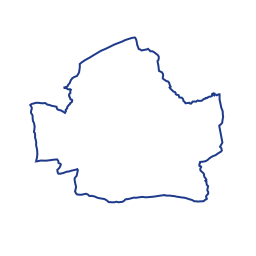 outline of Shinyanga Urban, Shinyanga, United Republic of Tanzania, rotated 258°
{"feature_id": "72390352B93356288072561", "entity_name": "Shinyanga Urban", "entity_type": "district", "adm_level": 2, "iso_a3": "TZA", "parent_name": "United Republic of Tanzania", "parent_adm1": "Shinyanga", "projection": "robinson", "projection_center": [33.442, -3.624], "detail": "fine", "context": "isolated", "style": "outline", "palette": "blue", "viewbox_px": 256, "rotation_deg": 258, "n_neighbors": 0, "source": "geoboundaries", "source_scale": "gbopen_adm2", "svg_char_len": 5057}
<svg xmlns="http://www.w3.org/2000/svg" viewBox="0 0 256 256"><g transform="rotate(258 128 128)"><path d="M114.4,31.4L114.3,32.3L114.3,35.9L113.1,40.9L112.7,45.1L112.5,48.3L112.0,52.1L110.4,52.9L108.2,52.8L107.2,54.3L106.5,54.7L105.4,54.3L103.4,52.7L101.6,50.1L100.1,50.0L98.7,50.1L97.8,50.4L97.4,52.1L97.4,55.2L98.0,59.0L97.8,60.5L97.8,61.8L98.0,63.5L98.1,68.6L98.3,69.8L97.2,70.2L95.2,69.3L92.7,68.2L91.7,67.6L90.7,66.2L89.6,65.2L87.0,64.9L84.0,64.9L81.1,65.0L79.5,64.2L78.0,63.6L77.0,63.0L74.7,63.6L73.6,64.4L72.8,66.8L72.4,68.7L72.4,71.4L72.4,73.3L71.7,74.3L71.1,75.1L69.7,75.9L69.2,77.4L69.2,78.4L68.8,79.3L68.4,80.1L68.0,81.0L67.2,82.2L66.3,83.3L65.9,84.1L65.5,84.9L65.1,85.9L64.8,86.6L64.6,87.3L64.2,88.1L63.9,89.0L63.5,89.9L63.1,90.5L62.4,91.4L61.9,91.9L61.7,92.1L60.0,93.4L59.5,93.8L59.3,94.4L59.1,95.6L58.8,96.4L58.5,97.5L58.2,99.5L58.3,101.3L57.4,103.0L57.1,105.4L57.0,107.4L57.7,109.2L58.6,110.5L58.8,111.8L58.4,112.9L58.5,114.7L58.6,117.5L58.7,119.0L58.1,121.4L57.9,124.3L57.7,127.0L57.5,128.3L57.3,128.6L56.4,131.4L55.5,139.0L55.1,145.8L54.8,150.0L54.7,150.1L54.4,150.2L53.8,151.8L53.5,153.3L53.3,154.4L52.5,156.7L51.7,159.2L50.6,161.6L49.9,163.6L49.0,165.8L48.0,168.9L47.0,170.7L46.4,171.9L45.6,173.0L45.0,174.4L44.2,175.7L42.6,177.6L42.1,179.4L41.4,181.5L41.4,182.4L41.0,184.6L40.7,186.8L41.4,187.9L41.7,188.8L42.0,189.4L42.2,190.3L42.9,190.4L43.6,190.1L44.4,190.1L44.9,190.2L45.5,190.7L46.1,191.3L46.5,192.1L46.9,192.7L47.5,192.7L48.0,193.0L48.6,193.2L50.1,192.7L51.0,192.7L52.4,193.4L53.0,193.6L53.8,193.9L54.1,194.2L54.8,194.1L55.9,193.3L57.1,193.3L57.7,193.3L59.1,193.4L59.3,193.6L59.6,193.6L59.9,192.8L60.4,192.7L60.9,193.6L61.1,193.9L62.1,193.7L62.8,193.3L64.1,192.6L65.5,192.5L66.3,192.5L67.0,192.8L68.0,192.4L68.6,192.0L70.3,190.8L70.9,190.3L71.8,190.0L73.2,190.3L73.5,190.5L73.9,190.7L74.4,191.3L74.7,191.5L75.6,191.0L76.1,190.0L76.9,190.0L77.5,190.2L78.0,190.6L78.5,190.8L78.8,191.2L79.4,191.2L79.7,191.3L79.8,192.1L79.5,193.5L79.4,196.9L80.1,199.1L81.2,200.9L82.4,203.7L83.0,206.2L83.2,207.9L83.8,209.3L84.5,210.9L85.0,212.4L85.6,214.1L86.5,215.1L88.7,215.1L89.7,214.7L90.5,214.1L94.1,217.3L111.3,217.7L111.5,217.9L112.2,219.5L113.5,221.2L116.1,222.1L119.2,223.4L121.1,223.5L124.7,224.1L128.2,223.5L131.6,223.5L134.5,223.5L137.0,223.5L137.3,223.6L141.9,224.6L142.1,224.0L141.9,222.9L141.5,221.7L142.4,220.8L142.6,219.7L142.0,219.1L142.7,218.7L143.8,219.5L144.2,218.7L143.7,217.3L142.0,216.9L141.5,215.5L141.7,214.3L141.7,213.1L141.0,211.9L141.1,211.2L140.9,211.3L140.7,209.6L140.5,207.9L139.5,206.3L139.4,204.8L139.8,202.9L140.4,201.9L140.1,201.0L139.6,200.1L140.1,198.4L140.4,196.7L139.6,195.8L138.8,195.0L138.9,193.9L139.9,193.4L140.0,192.0L140.1,190.6L140.3,189.3L141.3,189.1L143.1,187.8L144.7,187.9L146.4,187.0L146.8,185.8L147.3,184.5L148.8,184.4L149.6,184.3L150.5,182.3L151.3,181.7L152.3,181.9L153.3,181.5L154.2,180.0L155.3,179.3L157.9,177.5L159.0,177.1L159.5,178.3L160.5,178.0L162.0,177.7L163.9,177.6L165.3,176.7L165.9,175.3L167.3,174.0L168.2,173.1L169.2,172.3L170.2,172.5L171.3,173.0L172.1,173.4L174.1,173.3L175.6,172.6L176.3,171.6L177.4,170.2L179.7,170.4L183.1,170.7L185.0,170.7L187.4,170.8L188.3,172.0L189.8,172.6L191.7,172.9L193.6,172.0L194.6,171.0L195.9,170.0L197.1,168.8L198.0,167.8L198.4,165.8L199.7,165.2L200.7,164.2L201.2,164.1L201.0,162.6L201.0,158.1L201.1,157.3L202.3,156.2L203.1,154.9L205.0,154.7L207.0,154.3L209.2,154.4L212.4,154.4L214.1,154.0L214.9,153.8L215.3,152.1L215.2,149.4L214.8,145.3L214.5,143.1L213.8,140.4L212.4,131.6L211.2,127.1L210.0,122.1L209.1,117.5L206.7,110.4L204.8,105.0L203.4,100.3L201.8,96.3L200.6,94.1L197.5,93.5L195.6,92.8L192.8,91.8L191.6,90.9L189.5,88.9L189.0,85.7L188.2,83.8L186.7,82.1L185.3,81.1L183.8,80.1L182.8,78.6L181.8,77.9L181.2,77.2L180.9,74.8L180.9,74.2L180.3,74.2L179.9,75.7L179.5,76.2L179.4,76.3L179.2,76.6L178.8,76.9L178.3,77.5L178.0,78.6L178.0,79.4L177.3,80.1L176.7,79.5L176.2,79.3L174.6,78.9L174.0,78.8L173.4,77.6L172.3,77.1L171.8,77.0L171.2,77.4L170.6,77.2L170.4,77.2L169.7,77.6L168.8,77.6L168.0,77.7L167.9,77.9L167.8,78.2L167.4,78.5L167.3,79.0L166.5,79.2L165.3,78.6L164.6,77.6L164.3,76.6L163.7,76.2L163.2,76.0L163.0,75.1L161.8,73.7L161.7,73.7L161.2,73.0L160.4,72.6L159.9,72.6L159.3,71.9L158.8,70.9L158.5,70.7L157.5,70.8L156.7,70.2L155.9,69.5L156.9,68.5L157.4,68.1L157.8,67.4L158.7,66.6L158.9,66.4L159.7,64.8L160.1,64.2L160.3,63.5L160.7,63.3L161.6,62.5L163.6,62.5L164.3,61.0L164.6,60.4L165.0,59.3L165.7,57.8L166.5,56.5L166.9,55.9L167.0,55.7L167.6,54.0L168.8,53.0L169.5,52.3L169.7,52.0L169.7,51.6L169.8,50.3L170.4,47.9L171.2,45.9L171.7,43.7L171.7,42.1L171.7,41.9L171.6,41.1L171.6,39.5L171.5,38.6L171.1,37.9L170.8,37.2L170.3,37.4L167.9,38.1L166.6,37.8L165.1,36.9L164.3,36.6L163.8,36.4L163.0,36.3L162.4,36.4L161.4,36.9L160.3,37.2L159.2,37.1L156.9,36.7L154.7,36.5L152.7,37.0L151.9,37.1L150.9,37.0L149.9,37.0L148.6,37.0L147.4,36.5L145.9,36.1L144.1,35.3L143.5,35.2L142.6,35.8L141.6,35.8L139.8,35.6L138.0,35.1L135.8,35.3L132.9,35.2L130.3,34.5L126.5,34.6L123.6,34.3L120.5,33.7L116.8,32.3L115.4,31.5L114.5,31.5L114.4,31.4Z" fill="none" stroke="#1e3a8a" stroke-width="2"/></g></svg>